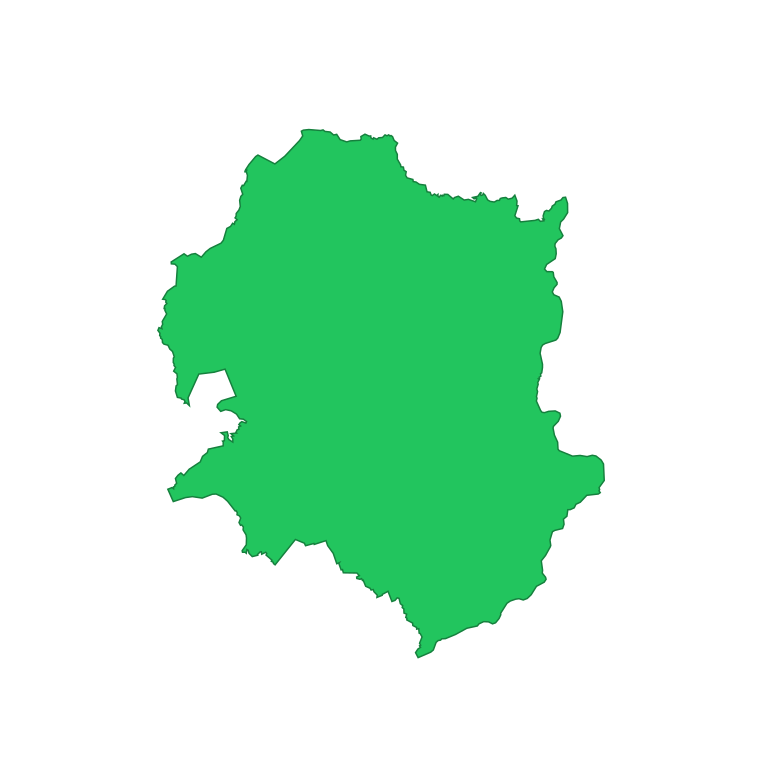 Cuquío, Jalisco, Mexico, rotated 337°
{"feature_id": "50627088B71683874346404", "entity_name": "Cuquío", "entity_type": "district", "adm_level": 2, "iso_a3": "MEX", "parent_name": "Mexico", "parent_adm1": "Jalisco", "projection": "albers", "projection_center": [-103.018, 20.95], "detail": "fine", "context": "isolated", "style": "filled", "palette": "green", "viewbox_px": 768, "rotation_deg": 337, "n_neighbors": 0, "source": "geoboundaries", "source_scale": "gbopen_adm2", "svg_char_len": 6171}
<svg xmlns="http://www.w3.org/2000/svg" viewBox="0 0 768 768"><g transform="rotate(337 384 384)"><path d="M549.0,558.9L554.8,543.4L554.2,538.9L551.0,533.1L547.9,531.0L542.6,530.2L536.6,526.4L529.4,524.1L519.3,513.9L518.7,512.0L521.1,505.4L520.9,497.6L522.4,490.6L523.4,489.2L529.9,486.4L533.9,482.6L534.5,479.6L531.1,475.7L524.9,473.5L520.6,473.1L518.4,471.8L517.8,469.5L517.6,459.2L519.3,456.9L519.4,455.2L522.4,451.0L522.7,448.3L525.8,444.5L526.1,442.7L528.7,440.5L528.2,439.6L529.3,439.7L529.5,438.4L531.4,438.1L532.1,435.7L533.5,435.4L536.3,430.8L537.6,427.8L539.7,416.7L542.9,411.8L545.2,410.1L548.2,409.7L559.4,410.7L561.8,409.7L566.2,405.4L576.8,387.4L579.5,377.1L579.2,372.4L575.2,368.2L574.9,365.0L578.1,361.9L582.2,359.9L583.0,358.2L582.2,351.7L583.4,347.4L582.7,346.3L577.8,344.2L576.7,340.9L580.4,337.5L590.6,335.5L593.4,331.4L595.1,326.7L595.1,323.9L596.4,321.6L600.6,319.3L604.3,318.9L606.7,317.4L606.1,309.5L609.9,303.9L613.7,302.4L620.0,298.0L623.5,289.5L624.1,283.0L621.6,282.3L618.7,283.8L613.5,283.5L611.6,285.3L608.3,286.0L607.0,287.6L603.4,289.2L601.4,287.7L599.1,288.0L596.2,291.4L595.5,293.9L596.2,295.8L594.6,294.3L594.8,296.2L591.5,295.4L590.4,292.7L587.0,292.4L573.2,288.2L572.7,286.8L573.3,284.8L570.8,283.0L570.2,280.2L577.0,272.3L575.8,271.6L577.9,267.6L578.2,261.3L574.6,263.0L570.6,262.4L569.0,259.9L565.5,258.9L563.5,258.7L562.0,260.1L559.9,259.2L556.6,259.6L553.0,257.3L551.3,255.0L550.9,249.8L549.9,247.4L548.7,248.6L547.0,248.4L546.7,247.3L548.1,246.0L547.6,245.5L543.7,247.9L538.4,246.9L539.3,248.8L541.7,248.8L541.8,249.6L539.4,252.0L533.8,247.0L529.7,246.0L525.8,240.2L521.7,239.9L520.0,240.7L516.8,234.4L513.6,232.9L512.6,234.1L511.5,233.1L511.0,233.7L509.9,232.4L507.8,233.6L507.0,232.4L507.7,230.6L506.2,231.2L504.7,228.8L502.0,229.4L501.2,228.3L501.4,225.6L498.7,223.9L499.8,217.1L494.6,214.0L492.4,210.6L490.0,209.1L490.5,207.0L485.8,203.3L485.4,200.3L487.4,197.2L485.9,195.0L486.6,191.9L484.4,190.6L484.9,188.8L484.1,182.2L486.0,177.8L485.8,173.6L487.1,170.4L490.6,167.6L488.5,163.8L488.5,159.6L487.5,158.0L486.4,158.0L485.7,156.5L483.7,156.7L482.3,155.1L478.9,156.5L475.4,155.3L473.1,155.9L470.7,153.3L469.6,154.3L468.1,152.2L468.7,150.5L467.1,149.9L464.1,146.6L459.4,147.2L458.7,149.6L457.5,150.4L447.9,147.0L444.3,146.6L439.1,141.9L438.0,135.7L434.9,135.1L432.9,131.0L428.3,128.4L427.2,126.3L424.7,125.9L414.2,120.4L408.9,118.8L406.7,119.0L406.1,123.9L401.4,126.9L381.6,135.6L369.5,138.8L357.4,124.0L354.7,124.5L345.5,129.2L340.5,132.6L339.3,133.7L338.5,134.9L340.6,132.7L341.3,133.5L340.3,134.1L339.8,138.6L336.9,143.9L336.4,143.5L332.3,146.5L331.2,145.7L328.7,147.8L328.1,154.2L325.6,155.3L322.9,158.5L321.1,164.4L318.5,167.1L314.6,169.3L313.4,171.8L311.8,172.9L313.0,175.4L310.2,176.3L308.7,178.5L307.5,176.9L304.3,179.0L300.1,179.4L292.3,188.9L289.0,190.7L277.0,191.3L271.8,192.7L265.4,195.9L261.3,190.2L257.5,189.3L253.0,189.6L250.8,186.0L235.8,188.5L235.2,190.3L238.4,192.0L239.7,195.2L230.9,212.5L229.4,212.1L220.9,214.0L213.4,219.5L215.6,220.8L216.1,222.1L215.1,223.3L215.6,225.0L212.6,226.3L211.1,228.6L211.8,228.9L211.1,230.7L211.3,234.6L204.3,239.8L203.6,242.6L201.4,244.4L201.2,246.3L198.9,244.2L196.8,246.3L197.6,249.7L196.4,251.8L197.0,253.1L196.3,254.5L197.3,256.3L196.3,259.3L197.0,261.3L200.3,263.9L200.5,268.2L202.0,271.4L201.8,274.3L201.5,277.1L200.2,277.9L198.4,281.9L198.7,283.5L197.9,285.0L198.6,287.3L195.4,290.0L197.4,293.8L196.4,297.1L195.3,298.4L193.6,303.9L191.9,304.5L189.3,308.9L188.6,315.6L191.7,317.7L191.7,318.7L193.8,320.4L194.0,322.3L192.6,323.7L194.9,324.3L196.4,327.8L198.2,320.2L217.4,302.5L232.3,306.8L243.5,308.2L243.1,337.5L227.8,335.9L222.9,337.8L221.3,340.1L223.0,345.4L228.2,345.7L232.9,349.0L236.5,354.1L237.5,359.6L240.9,361.5L242.8,364.9L241.6,366.0L238.4,363.1L236.2,363.6L234.5,364.7L235.6,366.6L233.4,366.7L232.7,369.0L231.1,368.7L228.7,370.7L229.1,371.5L223.7,369.9L225.2,373.0L222.9,372.7L223.4,375.5L222.1,378.4L219.5,374.6L219.2,372.1L220.4,370.8L221.0,366.8L214.9,365.2L217.1,369.1L214.9,373.8L213.1,373.5L213.4,374.4L211.8,378.1L196.9,375.3L194.6,378.1L188.7,379.7L184.4,383.9L171.4,386.3L164.0,390.0L162.3,386.5L158.7,387.5L155.1,389.5L154.3,394.4L152.0,395.3L151.4,396.5L150.1,396.5L149.4,398.2L148.4,396.5L143.9,396.4L144.1,409.9L157.0,411.0L163.6,412.8L172.1,418.0L183.0,418.4L186.5,419.7L191.6,425.3L194.2,430.8L197.4,442.7L198.3,442.8L198.7,445.1L197.6,446.9L199.4,448.9L199.7,451.4L196.4,454.9L196.7,458.0L197.9,458.1L198.7,460.5L197.3,463.2L198.1,469.0L197.2,472.2L194.4,478.2L188.3,482.0L188.0,483.6L190.4,484.6L191.1,486.0L193.1,482.8L194.0,484.0L193.6,487.1L195.3,491.4L200.9,492.3L201.0,491.5L204.5,490.1L205.5,490.5L204.9,492.9L209.4,492.7L209.9,494.2L208.6,495.4L212.0,502.3L211.0,503.1L212.4,504.9L212.1,506.1L213.1,507.9L241.7,492.5L248.5,499.4L248.6,502.2L257.2,503.4L257.1,504.4L269.4,505.5L269.0,510.8L271.1,520.1L270.3,531.0L273.1,531.0L272.3,531.5L271.9,538.4L273.3,538.6L272.8,541.9L285.2,547.4L286.4,550.8L283.4,551.0L283.0,552.4L285.6,554.4L287.3,554.4L287.4,556.4L288.2,556.4L288.1,563.0L291.4,566.6L291.6,568.6L293.8,569.0L293.6,571.3L295.3,575.7L294.1,577.7L299.8,577.8L300.3,577.0L306.7,576.4L306.3,587.3L309.6,587.5L312.6,586.0L314.1,587.2L313.2,592.6L314.6,595.3L313.4,596.9L314.4,598.7L312.9,602.7L314.9,604.7L312.8,607.4L313.6,608.6L312.8,610.1L316.9,615.2L316.2,617.6L318.9,620.8L318.3,622.4L320.4,622.8L319.0,627.1L319.8,627.8L320.2,631.7L315.4,636.6L315.7,638.7L314.4,638.9L314.7,640.7L311.7,641.2L308.1,643.6L308.5,649.2L322.3,649.1L325.5,648.1L331.0,642.2L333.6,641.3L336.0,641.9L337.5,641.1L341.1,642.4L352.0,642.5L364.8,641.2L375.4,643.2L377.7,641.9L382.9,641.7L387.3,643.8L390.2,647.2L393.4,647.4L398.2,644.9L401.3,642.1L401.8,640.6L411.5,633.9L415.5,633.1L421.1,633.5L424.4,634.4L427.8,637.2L432.0,637.4L437.1,635.5L445.3,629.8L454.1,629.0L456.9,627.1L457.2,625.0L455.8,619.9L457.2,617.4L459.7,608.2L465.6,605.0L473.4,598.9L474.4,597.8L475.8,592.5L481.3,585.8L484.1,585.5L491.9,586.8L494.9,583.5L496.4,578.5L500.7,577.2L504.1,571.5L506.3,572.4L510.7,572.3L513.7,569.7L518.5,569.5L527.2,565.7L538.3,569.0L540.6,568.5L540.2,566.3L541.2,565.5L541.5,563.4L549.0,558.9Z" fill="#22c55e" stroke="#15803d" stroke-width="1.5"/></g></svg>